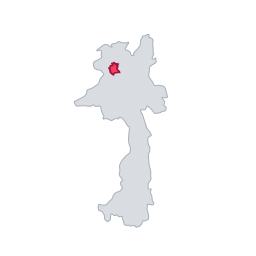 location of Hoon, Oudômxai, Laos, rotated 39°
{"feature_id": "54806243B15680017307326", "entity_name": "Hoon", "entity_type": "district", "adm_level": 2, "iso_a3": "LAO", "parent_name": "Laos", "parent_adm1": "Oudômxai", "projection": "albers", "projection_center": [101.419, 20.096], "detail": "fine", "context": "in_parent", "style": "filled", "palette": "rose", "viewbox_px": 256, "rotation_deg": 39, "n_neighbors": 0, "source": "geoboundaries", "source_scale": "gbopen_adm2", "svg_char_len": 5593}
<svg xmlns="http://www.w3.org/2000/svg" viewBox="0 0 256 256"><g transform="rotate(39 128 128)"><path d="M92.7,44.6L93.8,46.5L98.6,51.7L99.5,53.1L101.3,54.1L102.8,58.7L103.4,59.0L104.2,58.7L104.8,58.0L105.3,56.3L105.7,56.1L106.2,57.5L107.6,58.0L108.2,58.6L108.4,59.7L108.2,60.8L107.1,63.5L106.4,67.0L111.3,74.5L113.3,75.5L118.0,76.7L121.3,78.3L122.8,77.9L124.2,76.0L125.9,74.9L129.1,73.2L130.0,73.1L131.8,73.7L134.7,75.6L139.2,79.0L139.1,79.9L138.3,80.9L136.0,82.3L135.2,83.2L135.7,83.5L137.6,83.7L140.0,84.5L140.7,85.4L141.1,87.5L141.6,87.9L143.7,87.6L144.4,87.9L145.2,88.5L146.0,90.2L146.0,91.5L143.9,93.9L143.7,95.3L142.6,96.9L139.7,99.7L138.9,99.9L133.4,98.5L129.1,98.8L128.8,99.4L129.5,101.0L129.8,102.6L129.1,103.9L126.6,105.6L126.6,106.3L127.1,107.0L130.7,108.4L142.5,116.1L147.8,117.5L150.1,118.5L150.7,119.0L150.7,119.7L150.1,120.6L149.7,122.2L149.7,123.1L150.2,124.0L151.2,125.3L154.5,128.2L156.9,128.9L159.5,132.3L160.3,135.2L161.6,137.2L167.8,143.5L173.0,147.3L176.2,151.6L177.7,152.5L178.2,154.0L178.7,158.6L180.5,160.8L180.9,161.7L181.7,162.3L182.6,162.4L184.3,160.9L184.7,161.1L185.6,163.5L186.3,164.3L189.1,165.7L192.0,168.5L193.6,169.5L195.6,170.2L195.9,171.1L195.6,172.1L195.0,172.7L191.7,174.5L191.3,175.2L193.6,178.9L199.3,183.2L201.2,185.9L200.8,187.2L199.4,189.9L198.3,190.7L198.0,191.5L198.9,193.7L199.0,197.0L197.9,197.9L197.0,200.0L196.3,200.1L194.6,199.5L191.1,203.1L189.6,203.0L187.8,205.0L185.5,205.3L183.9,203.9L180.4,201.7L179.1,200.2L178.1,201.5L176.3,202.8L173.8,202.5L173.1,204.2L172.6,204.6L169.6,205.0L169.0,205.3L169.5,206.9L171.4,209.5L172.0,211.1L171.0,213.7L167.8,213.7L166.3,212.7L164.4,210.6L160.3,209.2L157.6,210.3L156.8,210.3L154.7,208.5L153.9,207.3L153.4,205.6L156.5,204.1L158.0,203.0L159.0,201.8L159.4,200.5L159.8,195.5L160.2,193.7L159.9,191.5L159.0,189.8L159.0,187.2L159.4,185.1L160.5,184.0L161.3,182.5L161.7,179.1L161.3,178.2L160.1,177.4L158.2,176.7L156.9,175.7L156.4,174.5L156.4,173.4L157.0,172.5L155.5,171.5L151.9,170.5L149.9,169.2L149.5,167.7L148.0,165.6L145.4,163.1L144.0,159.5L143.7,154.8L144.0,150.9L145.0,146.4L143.4,143.1L141.8,141.5L139.5,140.2L137.4,138.5L135.3,136.2L132.8,132.7L129.9,128.2L128.0,126.1L127.0,126.6L125.0,126.2L121.8,124.9L119.1,124.3L116.8,124.2L115.3,124.5L114.6,125.2L114.5,125.9L115.1,126.6L114.8,127.1L113.6,127.5L112.6,128.3L111.6,130.0L110.8,132.2L109.7,133.1L107.9,133.3L106.2,133.9L104.4,135.0L103.6,135.8L103.7,136.4L103.4,136.5L102.5,136.2L102.1,135.5L102.1,134.3L101.3,133.6L99.5,133.2L97.4,132.0L93.5,128.8L92.6,128.7L91.3,129.5L89.6,131.3L88.3,132.0L87.2,131.6L86.3,132.2L85.7,133.9L84.7,135.2L79.4,138.6L74.7,143.0L73.5,143.4L70.6,142.2L69.7,141.3L73.6,132.2L74.2,130.1L74.1,127.1L72.5,124.7L72.4,124.0L72.6,123.3L74.7,120.5L77.0,113.2L76.9,111.0L75.8,108.5L75.3,106.2L75.7,103.0L75.6,101.7L74.5,101.1L70.9,100.4L68.8,101.0L67.9,101.8L66.7,102.4L64.4,102.7L62.3,101.6L60.5,99.7L60.1,97.5L62.4,92.6L62.9,90.8L62.9,89.9L62.5,89.0L62.0,88.9L60.8,87.7L59.7,85.7L58.7,84.8L57.7,84.9L56.8,85.7L55.3,87.6L54.8,87.3L56.2,80.6L57.4,77.8L58.9,76.5L60.4,76.0L62.1,76.2L63.4,75.9L64.5,75.2L64.4,74.8L63.1,74.7L62.6,74.0L62.9,72.6L63.5,71.6L64.3,71.2L65.2,69.8L66.0,67.4L67.1,66.1L68.2,66.1L70.3,65.1L73.1,63.0L74.2,61.0L75.3,61.9L74.9,64.2L75.5,64.7L75.8,65.5L75.6,66.8L75.8,67.9L76.3,68.5L76.9,68.7L80.0,67.8L81.8,67.7L84.9,69.4L86.7,68.2L86.7,67.7L85.2,66.1L85.7,60.2L85.4,55.8L82.9,52.5L82.4,51.2L82.2,49.0L81.5,47.2L83.3,45.7L84.2,43.0L85.5,42.3L85.9,42.4L87.4,44.5L89.3,43.4L90.8,43.4L92.0,44.0L92.7,44.6Z" fill="#d9dde1" stroke="#a8b0b8" stroke-width="1"/><path d="M80.3,85.3L80.2,85.2L80.2,85.3L80.2,85.2L80.1,85.3L80.1,85.2L80.0,85.3L79.9,85.3L79.8,85.2L79.7,85.2L79.7,85.3L79.6,85.5L79.5,85.4L79.5,85.5L79.4,85.5L79.2,85.5L78.9,85.7L78.9,85.8L78.8,85.7L78.7,85.7L78.7,85.8L78.8,85.8L78.7,85.8L78.7,85.7L78.6,85.8L78.5,85.7L78.4,85.8L78.4,85.7L78.3,85.8L78.2,85.8L77.9,85.8L77.7,85.9L77.4,86.0L77.3,85.9L77.2,86.0L76.8,86.2L76.7,86.2L76.4,86.0L76.2,86.0L75.9,86.0L75.7,86.2L75.7,86.3L75.8,86.3L75.9,86.7L75.9,86.8L75.9,87.0L75.7,87.1L75.5,87.3L75.4,87.3L75.2,87.5L74.9,87.8L74.8,88.0L75.0,88.2L75.4,88.1L75.5,88.1L75.8,88.1L76.1,88.1L76.3,88.2L76.3,88.3L76.4,88.6L76.5,88.8L76.7,89.1L76.4,89.2L76.4,89.3L76.3,89.5L76.2,89.6L75.7,89.9L75.7,90.0L75.7,90.3L75.6,90.5L75.4,90.7L75.2,90.6L75.1,90.8L75.3,91.0L75.5,91.1L75.8,91.3L75.8,91.6L75.7,92.0L75.6,92.3L75.5,92.7L75.6,92.8L75.4,93.2L75.4,93.3L75.5,93.4L75.7,93.5L75.9,93.6L76.0,93.6L76.3,93.6L76.4,93.4L76.5,93.4L76.8,93.3L76.9,93.5L77.0,93.6L77.1,93.8L77.3,94.0L77.4,94.3L77.3,94.5L77.6,94.6L77.9,94.6L78.1,94.7L78.3,94.7L78.3,94.8L78.4,95.0L78.5,95.0L78.6,95.3L78.7,95.2L78.8,95.2L79.0,95.2L79.4,95.3L79.5,95.4L79.6,95.5L79.7,95.8L79.7,96.0L79.8,96.0L80.0,96.0L80.3,96.0L80.6,96.1L80.8,96.1L81.0,96.1L81.3,96.0L81.4,95.9L81.7,96.0L81.8,95.9L81.9,96.0L82.1,96.0L82.3,96.1L82.5,96.0L82.7,95.9L82.8,95.9L83.0,95.9L83.3,95.9L83.4,95.7L83.2,95.5L83.0,95.4L82.8,95.2L82.7,94.9L82.7,94.6L82.7,94.2L82.8,93.9L83.1,93.5L83.8,92.8L84.0,92.6L84.3,92.2L84.6,91.9L84.7,91.6L85.1,91.2L85.3,90.8L85.5,90.5L85.8,90.3L86.0,90.0L85.9,90.0L86.0,90.0L85.9,89.9L86.0,89.9L85.9,89.8L85.8,89.7L85.7,89.8L85.7,89.7L85.4,89.7L85.5,89.7L85.5,89.8L85.4,89.7L85.2,89.7L85.2,89.8L84.9,89.9L84.7,89.8L84.7,89.7L84.8,89.5L84.7,89.5L84.4,89.7L84.2,89.6L83.9,89.4L83.7,89.4L83.3,89.3L83.0,89.4L82.7,89.2L82.4,89.0L82.3,88.8L82.3,88.6L82.2,88.5L82.1,88.4L81.9,88.4L81.6,88.2L81.4,88.1L81.3,87.7L81.2,87.6L80.9,87.3L80.8,87.2L81.0,87.0L81.0,86.9L81.4,86.7L81.1,86.4L80.9,86.2L80.4,85.9L80.2,85.8L80.1,85.7L80.2,85.4L80.3,85.3Z" fill="#f43f5e" stroke="#9f1239" stroke-width="1.5"/></g></svg>